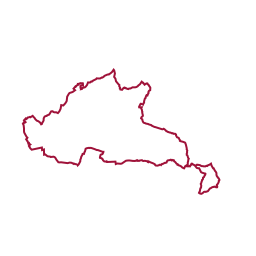 Horoatu Crasnei, Salaj, Romania, rotated 286°
{"feature_id": "2599482B73206727878313", "entity_name": "Horoatu Crasnei", "entity_type": "district", "adm_level": 2, "iso_a3": "ROU", "parent_name": "Romania", "parent_adm1": "Salaj", "projection": "mercator", "projection_center": [22.925, 47.064], "detail": "fine", "context": "isolated", "style": "outline", "palette": "rose", "viewbox_px": 256, "rotation_deg": 286, "n_neighbors": 0, "source": "geoboundaries", "source_scale": "gbopen_adm2", "svg_char_len": 5844}
<svg xmlns="http://www.w3.org/2000/svg" viewBox="0 0 256 256"><g transform="rotate(286 128 128)"><path d="M110.8,223.4L112.9,221.4L112.7,221.0L113.1,220.5L114.9,218.7L116.6,217.6L115.1,216.4L114.4,215.3L113.5,214.8L113.5,214.4L113.2,214.3L113.1,213.6L112.4,212.9L112.3,212.3L112.0,211.6L112.0,210.5L111.7,209.6L111.7,208.8L112.1,207.6L112.0,205.9L111.7,205.1L111.8,204.5L110.2,203.0L110.7,201.8L110.8,200.7L111.3,199.8L111.4,199.3L111.3,199.0L111.1,198.8L109.6,198.6L108.7,197.9L108.3,198.0L107.5,195.1L107.3,194.0L107.0,193.5L109.4,195.5L111.6,194.9L112.2,195.0L114.3,194.7L115.2,194.9L115.9,194.0L118.0,192.7L118.3,191.9L119.6,191.5L120.4,191.7L121.2,191.3L122.7,191.2L123.8,190.2L124.6,190.1L127.8,188.3L129.4,187.2L129.7,186.8L129.9,184.6L129.8,182.0L129.9,181.5L130.6,181.4L130.9,180.8L132.2,179.7L132.5,179.4L132.6,177.7L134.1,176.2L134.9,176.0L135.4,175.2L135.4,174.6L135.0,173.6L135.0,173.1L135.4,172.4L135.0,171.7L135.3,170.1L135.1,168.9L135.3,168.2L135.2,167.3L135.5,166.7L135.5,165.7L135.9,165.3L136.8,163.5L137.1,162.5L136.4,161.8L136.2,161.2L136.4,153.8L136.3,153.3L136.8,150.1L137.2,149.7L137.2,147.1L137.4,146.3L137.2,143.9L137.4,143.2L137.3,142.3L137.6,141.2L138.9,140.0L140.2,139.4L140.9,137.9L141.9,137.9L143.6,138.9L144.3,138.8L146.7,137.4L147.4,137.4L148.0,136.9L149.4,136.3L150.4,135.3L151.7,135.5L150.9,133.1L151.3,132.8L154.3,133.3L154.9,133.7L154.6,136.0L156.2,136.1L156.7,136.5L158.1,136.1L161.0,136.1L161.5,136.6L163.4,136.5L164.7,136.8L164.6,137.7L166.1,137.8L167.0,138.1L167.7,138.0L168.0,137.7L169.1,137.8L169.6,138.0L170.4,138.9L172.8,138.4L173.4,137.9L173.6,137.5L173.9,137.3L174.3,136.6L174.7,136.4L175.1,135.9L175.4,134.9L176.1,134.5L176.2,134.0L175.5,133.0L174.2,132.0L175.4,130.5L175.2,130.4L176.3,128.4L173.3,127.4L171.6,126.1L170.9,125.9L169.8,124.9L169.2,124.0L168.3,121.1L166.7,119.5L166.2,118.1L165.5,117.6L165.4,116.5L165.6,116.0L165.5,115.3L165.8,115.0L165.9,113.7L165.5,113.6L165.5,112.9L165.3,112.7L163.1,111.8L162.9,110.1L163.4,109.9L163.6,109.3L164.5,109.3L165.8,108.0L166.9,107.9L167.5,106.7L169.6,103.6L172.0,102.3L173.3,100.6L176.8,100.4L179.6,98.8L180.1,98.1L177.4,97.2L175.3,95.8L174.8,95.1L174.2,94.9L173.7,93.5L171.7,91.1L171.1,90.7L170.7,90.6L169.4,89.5L169.4,89.0L167.9,87.5L167.3,85.4L167.1,84.2L166.1,83.8L163.9,81.3L163.0,80.9L162.6,80.4L162.7,80.0L162.2,79.4L161.5,79.2L161.2,78.9L160.8,77.0L158.2,76.8L156.2,76.0L155.1,75.2L154.7,74.2L154.0,73.5L153.7,72.7L152.8,72.9L152.4,72.2L152.6,72.2L153.0,71.6L154.4,70.9L155.3,70.9L155.8,71.1L156.5,73.0L158.5,72.3L158.4,71.4L158.0,70.8L158.0,70.0L157.7,69.8L157.4,69.0L156.8,68.7L156.6,67.9L155.9,68.4L155.2,67.3L153.3,66.4L153.5,66.0L150.8,64.8L149.7,66.7L147.3,64.8L145.5,62.1L144.5,61.7L141.4,60.9L137.1,61.6L136.4,61.5L134.4,60.9L131.8,59.6L131.6,57.5L127.9,57.9L125.0,57.4L123.0,56.5L123.3,54.6L122.8,53.0L122.8,51.9L123.3,51.0L123.2,50.4L122.7,49.5L119.7,48.7L118.9,48.3L118.7,47.8L118.1,47.2L117.8,46.7L117.2,46.5L116.7,45.5L116.0,44.7L114.1,44.3L111.9,44.8L110.4,44.5L109.7,44.2L108.1,44.1L107.6,43.5L109.0,42.0L109.8,40.0L109.9,38.4L110.9,36.5L112.0,35.3L112.6,34.1L113.4,33.0L111.4,31.2L111.6,30.6L110.7,29.4L110.5,28.8L108.9,28.1L108.5,27.7L109.0,27.1L106.7,25.9L105.4,27.9L104.5,27.2L104.6,26.3L103.1,25.8L102.5,26.5L101.7,27.0L98.8,28.2L96.3,28.9L95.0,29.5L91.4,33.1L91.0,34.0L89.9,33.8L89.1,33.2L87.5,35.0L87.5,35.3L85.7,36.4L86.2,37.0L85.7,37.3L85.2,38.6L84.1,37.7L83.5,38.2L83.2,37.9L81.6,39.6L80.6,41.4L85.5,50.6L83.1,51.5L84.2,53.1L79.2,54.7L79.8,55.7L78.7,58.3L78.7,58.9L79.0,60.8L79.0,61.4L78.8,61.7L79.9,64.3L79.8,65.5L79.2,66.5L77.9,67.8L75.9,70.5L76.1,71.8L76.6,73.1L77.6,79.7L78.6,81.3L78.9,82.5L79.0,83.4L78.5,85.7L78.9,85.8L78.8,87.4L78.9,88.6L78.6,89.8L78.3,90.0L79.4,90.6L82.8,91.3L84.5,90.9L85.6,91.1L87.6,91.0L89.4,91.5L90.6,91.5L91.0,92.2L91.0,92.8L91.3,92.8L93.3,92.9L93.6,93.1L96.4,93.0L97.3,94.1L98.2,96.0L98.2,96.7L98.5,97.2L98.7,98.3L98.5,101.9L98.2,104.2L98.5,105.0L98.1,110.3L98.3,110.9L97.6,111.0L95.8,110.6L95.1,109.4L94.5,109.0L92.0,109.1L91.7,109.3L91.9,109.6L91.6,109.9L91.7,111.0L91.3,111.3L91.2,112.0L91.0,112.3L90.0,113.0L89.8,113.6L89.4,114.2L89.4,115.1L89.5,115.7L90.1,116.6L89.5,117.1L92.2,125.2L90.0,126.2L90.9,127.4L91.6,130.8L92.1,131.8L95.9,135.0L96.5,136.2L97.2,138.3L97.7,141.8L98.2,143.7L98.5,144.3L99.5,145.4L99.6,145.8L99.0,146.0L99.5,147.9L100.0,148.3L100.9,150.3L100.5,151.2L100.5,151.8L101.1,153.2L101.3,155.5L100.7,156.6L100.7,156.8L101.5,156.8L101.4,157.1L101.5,157.8L101.2,158.8L101.0,161.6L100.6,163.7L100.0,164.2L99.6,164.9L99.9,166.6L100.8,168.1L101.2,168.3L101.5,168.8L101.7,169.6L101.5,170.0L102.8,170.6L103.0,171.3L104.7,173.0L104.8,173.7L105.5,174.6L106.6,174.6L107.7,175.0L108.8,177.2L109.3,177.8L109.3,178.6L109.0,178.8L109.4,179.2L109.2,179.7L109.6,180.1L109.6,180.4L109.1,181.1L109.3,181.2L108.6,181.9L108.2,183.0L107.1,184.4L106.9,185.6L106.3,185.8L106.5,186.4L106.1,186.9L106.1,187.9L105.9,189.2L105.6,190.0L105.1,190.8L104.7,192.3L104.7,193.1L107.0,193.5L107.3,194.1L107.4,195.2L108.2,198.1L108.6,198.0L109.6,198.7L111.1,198.9L111.3,199.3L111.2,199.7L110.7,200.7L110.7,201.8L110.2,202.8L108.6,205.1L108.6,206.2L108.9,207.5L105.7,210.4L105.5,211.3L105.4,213.8L105.5,214.9L105.3,215.1L104.1,215.1L103.6,214.8L101.7,214.5L101.0,213.8L99.6,214.1L98.9,213.9L98.4,213.5L97.8,213.7L96.9,213.5L95.4,213.6L94.3,213.3L93.1,214.2L91.2,214.6L90.6,214.6L90.0,214.2L86.5,214.5L85.8,214.1L85.2,214.1L84.9,215.0L84.9,216.5L85.8,217.6L87.2,218.4L87.7,218.9L88.0,219.6L88.0,220.3L89.3,222.2L92.4,223.4L93.1,224.3L93.6,224.6L94.2,225.2L94.7,225.9L95.0,226.8L95.3,226.9L95.6,227.7L95.3,228.9L95.4,229.6L95.6,230.0L96.2,230.0L97.4,229.1L98.0,229.1L98.2,229.4L99.9,229.9L101.4,230.1L102.1,229.8L102.8,230.2L103.3,230.2L104.6,229.1L105.2,227.8L105.8,227.5L106.3,226.6L107.4,225.9L108.3,225.7L109.4,225.2L110.4,224.1L110.8,223.4Z" fill="none" stroke="#9f1239" stroke-width="2"/></g></svg>